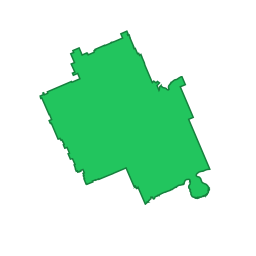 Dalwallinu, Western Australia, Australia (Equal Earth projection), rotated 67°
{"feature_id": "25037944B57812572751517", "entity_name": "Dalwallinu", "entity_type": "district", "adm_level": 2, "iso_a3": "AUS", "parent_name": "Australia", "parent_adm1": "Western Australia", "projection": "equal_earth", "projection_center": [117.374, -30.13], "detail": "fine", "context": "isolated", "style": "filled", "palette": "green", "viewbox_px": 256, "rotation_deg": 67, "n_neighbors": 0, "source": "geoboundaries", "source_scale": "gbopen_adm2", "svg_char_len": 5508}
<svg xmlns="http://www.w3.org/2000/svg" viewBox="0 0 256 256"><g transform="rotate(67 128 128)"><path d="M42.8,137.0L42.9,141.7L35.2,141.7L35.2,148.5L37.3,148.5L37.3,151.7L46.9,151.7L46.9,155.3L55.8,155.1L55.8,157.7L58.1,157.7L58.1,153.0L63.9,153.0L64.0,161.8L63.9,161.9L63.1,161.9L63.2,188.1L64.6,188.2L64.7,188.3L64.7,191.9L62.6,191.9L62.6,192.7L64.2,192.6L64.3,196.4L66.0,196.3L66.0,196.7L66.8,196.7L66.8,195.6L84.9,195.4L84.9,194.9L86.7,194.9L86.7,195.0L90.4,195.0L90.4,197.7L93.0,197.7L93.0,197.1L94.1,197.1L94.1,196.7L110.9,196.7L111.0,196.3L111.0,194.7L112.1,194.7L112.1,194.4L113.2,194.4L113.2,193.4L115.2,193.4L115.2,193.2L118.2,193.2L118.2,194.1L121.9,194.1L122.1,191.7L128.3,191.7L128.3,193.2L134.1,193.2L134.1,192.7L134.7,191.1L140.9,191.0L140.9,192.0L141.8,192.0L145.0,192.2L145.1,192.5L147.6,192.5L147.6,191.5L149.0,191.5L149.0,190.2L149.3,190.2L149.3,188.3L148.6,188.3L148.6,185.7L151.4,185.7L151.5,185.8L152.2,185.7L152.2,187.1L154.6,187.1L154.6,187.8L157.6,187.8L157.6,188.4L163.1,188.5L163.1,187.9L163.8,187.9L163.9,181.5L163.0,181.5L163.0,178.2L163.4,178.2L163.4,174.9L163.9,174.9L164.0,163.8L164.1,159.9L164.0,158.7L164.0,145.4L184.0,145.3L183.9,144.4L184.0,144.2L184.3,143.9L184.8,143.8L185.1,144.3L185.1,144.2L185.0,143.9L185.2,144.1L185.3,144.1L185.3,144.3L186.3,144.0L186.6,144.0L186.4,143.9L187.0,143.8L187.0,143.7L186.7,143.7L187.0,143.5L186.8,143.2L186.4,142.9L186.4,142.4L186.8,142.1L187.1,142.1L187.5,142.4L187.4,142.3L188.1,142.4L187.6,142.2L187.2,141.9L204.8,141.8L204.9,141.6L204.6,141.2L204.4,141.0L204.4,140.5L204.1,139.5L203.9,139.4L204.0,139.2L204.1,138.6L203.9,138.8L203.7,138.8L203.8,138.6L203.6,138.5L203.7,138.0L203.5,137.7L203.0,137.3L202.7,136.7L202.8,136.5L202.3,135.6L202.1,134.6L201.9,134.1L202.1,133.9L201.6,134.2L201.3,134.2L201.2,133.9L200.7,133.9L201.0,133.0L201.3,132.5L201.9,132.5L202.6,132.5L203.1,132.4L203.3,132.2L203.4,131.7L203.3,131.3L203.2,131.1L202.8,130.9L201.9,129.8L202.0,128.6L202.0,128.2L202.1,127.8L202.0,127.5L202.0,127.0L201.8,127.3L201.7,126.8L201.6,126.7L201.8,126.4L201.8,126.0L202.0,125.9L201.8,125.8L201.5,123.9L201.6,123.4L201.4,122.5L201.5,121.8L201.4,120.8L201.4,120.0L201.7,118.4L201.6,117.9L201.7,117.4L201.6,116.8L201.7,116.2L201.7,115.5L201.8,114.9L201.7,114.6L201.9,114.0L201.7,112.6L201.8,112.0L201.6,112.0L201.7,111.7L201.7,111.2L201.6,110.7L201.6,110.4L201.4,109.5L201.2,108.5L201.1,107.5L201.4,107.1L201.4,106.9L201.1,107.0L201.2,106.5L201.0,106.0L200.8,105.5L200.8,105.0L200.6,104.1L200.6,103.4L201.2,101.5L201.2,100.5L201.6,99.6L201.5,99.4L200.7,99.8L201.4,99.2L201.6,98.9L201.6,98.6L201.3,98.4L201.1,98.5L201.1,98.3L200.8,97.8L199.9,97.3L199.2,96.5L198.7,96.0L198.5,95.7L198.4,95.1L198.3,94.0L198.7,93.2L198.8,92.5L199.3,91.6L199.5,91.4L200.0,91.4L200.6,91.8L200.8,91.8L200.5,91.6L200.6,91.4L201.2,91.6L200.9,91.7L201.0,91.8L201.2,91.7L201.3,91.8L201.3,91.6L201.5,91.5L202.6,92.1L202.9,92.2L204.1,93.1L204.6,94.0L205.2,94.7L205.8,95.1L206.8,95.4L207.1,95.4L207.4,95.3L207.7,95.0L208.5,95.1L209.0,94.7L209.3,94.7L209.4,94.8L209.5,95.1L209.4,95.1L209.8,95.4L210.4,95.6L211.0,95.5L211.9,95.3L212.0,95.4L213.8,96.0L216.2,95.7L216.7,95.3L217.6,94.3L217.8,94.0L217.8,93.9L217.9,93.6L218.3,93.1L218.8,93.5L218.9,93.4L218.9,93.2L219.0,93.2L219.1,92.8L218.9,92.9L218.7,92.8L219.0,92.0L219.0,91.6L219.3,91.9L219.2,92.1L219.3,92.5L219.4,92.4L219.3,92.2L219.5,91.7L219.4,91.6L219.6,91.7L219.6,92.0L219.9,91.8L219.9,91.4L219.5,90.9L219.5,90.3L219.7,90.2L220.0,90.2L220.1,90.4L220.2,90.2L220.0,89.9L219.9,90.0L219.7,89.8L219.5,89.3L219.8,88.7L219.7,88.7L219.6,88.8L220.1,88.0L220.0,87.8L220.2,87.5L220.0,86.7L220.1,86.4L220.2,86.2L220.8,86.2L220.0,85.9L219.9,85.6L220.3,85.2L220.0,84.9L220.3,84.6L220.1,84.2L220.7,83.8L220.3,83.7L220.2,83.4L220.3,83.2L220.6,83.0L220.7,82.8L220.4,82.6L220.3,82.8L219.9,82.6L219.9,82.4L220.2,82.2L220.4,82.3L220.4,82.0L220.2,81.8L220.1,82.0L219.7,81.6L220.0,81.4L220.1,81.1L219.6,80.9L219.8,80.5L219.6,80.7L219.4,80.6L219.1,79.8L218.6,79.2L217.8,78.7L217.4,78.3L217.5,78.6L217.3,78.9L217.1,78.9L216.7,78.6L216.7,78.4L216.8,78.1L216.9,77.6L216.9,77.4L216.7,77.2L215.8,77.0L215.9,76.7L215.8,76.8L215.7,77.0L215.4,77.1L216.1,77.8L215.6,77.9L215.4,77.8L215.0,77.5L214.5,77.4L214.4,77.3L214.8,76.9L214.8,76.7L213.2,77.2L212.5,77.2L210.7,77.9L210.0,78.4L208.9,79.6L208.2,80.1L207.6,80.7L206.6,81.1L205.9,81.1L203.1,80.9L201.3,81.4L201.0,81.7L199.6,83.4L198.9,83.8L198.3,83.7L197.6,83.3L196.9,82.3L196.3,79.8L196.3,78.9L196.5,78.4L196.5,77.7L196.9,76.4L196.9,76.0L197.1,75.5L197.0,74.1L197.0,73.5L197.0,72.3L197.2,71.7L197.1,71.3L197.8,69.4L197.9,68.8L143.7,68.8L143.7,63.8L110.5,63.8L110.5,58.3L101.9,58.3L101.6,59.3L101.9,62.0L102.3,63.6L102.3,64.3L102.0,66.0L102.0,66.7L102.3,67.7L102.8,69.7L103.4,71.0L103.7,71.3L103.9,71.7L103.6,71.6L103.8,71.9L104.2,72.3L104.8,73.6L105.4,74.3L106.2,74.8L108.4,75.2L108.7,75.8L108.4,76.5L108.0,76.9L106.7,77.4L106.0,77.9L104.3,80.2L103.7,80.6L103.1,80.6L102.4,81.2L101.8,81.0L102.0,81.4L102.3,82.3L102.5,82.7L103.0,83.1L105.0,84.2L105.5,84.8L100.3,84.7L98.8,81.4L96.6,82.7L97.4,84.5L94.9,86.0L95.7,87.9L76.7,87.9L74.4,87.5L67.4,87.5L67.4,87.4L65.4,87.4L65.5,87.6L65.4,88.4L65.6,89.0L63.4,89.0L63.4,90.2L57.5,90.2L57.5,91.4L55.7,91.4L55.7,91.0L45.8,91.0L45.8,90.8L43.2,90.8L43.2,90.6L42.7,90.6L42.7,91.9L41.6,91.9L41.6,91.2L38.4,91.2L38.5,97.8L43.1,97.8L43.1,108.5L42.7,109.2L42.7,110.1L43.1,110.1L43.1,117.1L42.7,117.1L42.8,127.6L43.5,127.6L43.5,129.0L45.1,129.6L45.1,136.1L43.3,136.1L43.3,137.0L42.8,137.0Z" fill="#22c55e" stroke="#15803d" stroke-width="1.5"/></g></svg>